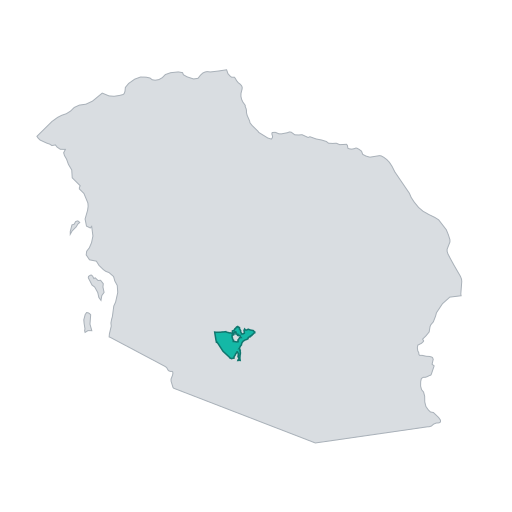 Babati, Manyara, United Republic of Tanzania (highlighted), rotated 172°
{"feature_id": "72390352B12207219772126", "entity_name": "Babati", "entity_type": "district", "adm_level": 2, "iso_a3": "TZA", "parent_name": "United Republic of Tanzania", "parent_adm1": "Manyara", "projection": "albers", "projection_center": [35.708, -4.024], "detail": "fine", "context": "in_parent", "style": "filled", "palette": "teal", "viewbox_px": 512, "rotation_deg": 172, "n_neighbors": 0, "source": "geoboundaries", "source_scale": "gbopen_adm2", "svg_char_len": 8445}
<svg xmlns="http://www.w3.org/2000/svg" viewBox="0 0 512 512"><g transform="rotate(172 256 256)"><path d="M186.0,366.6L180.1,363.5L174.8,361.7L170.4,359.6L168.5,357.6L164.4,356.8L160.8,356.5L157.6,354.6L150.8,354.0L150.1,352.7L150.0,349.9L148.8,349.2L146.4,348.5L143.7,348.6L142.1,349.0L141.2,348.8L139.0,347.2L136.9,345.1L136.2,341.8L133.1,339.6L129.5,338.0L119.7,338.2L118.1,337.7L115.8,336.0L113.0,333.2L110.8,330.1L108.8,325.8L106.8,319.9L95.4,296.8L94.2,292.4L91.9,287.5L88.3,281.5L84.4,277.1L79.2,273.1L73.3,269.1L70.1,266.4L63.9,255.5L62.6,250.4L61.7,245.1L62.0,242.9L65.8,236.1L66.1,234.1L65.7,231.5L63.8,226.1L61.3,219.5L56.4,207.4L55.7,204.4L55.8,202.1L58.5,189.8L58.4,188.1L69.8,188.3L78.0,182.8L85.2,174.7L86.6,171.4L89.5,166.2L92.4,163.6L93.5,161.8L95.1,156.7L98.9,153.2L102.6,150.5L101.8,148.6L102.3,147.9L104.3,146.5L108.2,145.2L109.0,142.6L109.0,139.5L108.3,137.8L108.4,135.9L107.8,134.8L105.3,134.5L101.4,133.0L98.2,132.4L96.1,131.5L95.3,130.8L94.9,129.0L96.7,124.3L94.9,122.4L98.8,114.6L99.5,113.7L100.9,113.5L103.2,112.7L105.3,112.3L107.0,112.6L108.3,112.2L109.4,111.4L110.4,108.7L111.1,104.3L110.7,100.7L109.0,97.9L108.5,93.7L109.2,88.0L108.7,83.3L106.8,79.6L105.0,77.3L102.1,76.3L97.6,70.6L96.2,67.8L96.4,66.0L98.0,65.3L100.8,65.5L103.5,64.8L106.0,63.2L108.4,62.8L109.7,63.0L223.3,62.6L355.9,136.5L356.5,137.4L357.5,143.8L357.3,145.9L355.2,149.6L354.6,151.5L354.6,152.8L355.1,153.4L356.8,153.6L358.3,154.4L358.9,155.1L360.0,157.9L361.4,159.3L411.6,195.7L412.7,196.3L412.0,199.3L409.1,206.7L409.0,209.8L407.8,213.4L406.7,215.8L403.8,226.2L401.4,230.0L398.0,239.1L397.5,246.1L399.3,251.0L399.9,255.5L403.8,260.0L406.9,261.7L409.0,263.7L412.7,268.4L414.8,273.1L421.4,275.4L424.0,280.7L423.0,284.3L419.9,287.3L417.0,292.1L414.7,298.5L414.6,308.2L416.2,306.8L419.7,309.2L420.1,316.4L416.4,324.7L415.3,328.6L415.1,331.9L417.7,341.9L421.6,347.0L421.3,348.6L420.3,350.0L427.1,359.0L426.5,366.8L429.0,372.9L430.1,378.2L431.7,382.2L432.1,385.0L429.9,388.1L434.9,388.9L437.8,391.5L439.2,393.9L442.8,393.8L444.7,395.5L447.5,396.9L453.7,400.9L455.3,403.0L456.3,405.0L439.2,417.7L433.1,420.9L428.7,422.4L424.0,423.3L419.5,425.3L415.3,428.4L409.9,430.0L403.3,430.0L396.4,432.1L385.6,438.7L379.3,435.0L374.3,433.9L368.6,434.0L365.1,434.4L363.9,435.2L362.8,437.4L361.9,441.1L358.1,444.6L351.5,448.0L345.5,449.3L340.0,448.4L336.2,447.0L334.3,445.0L331.4,444.1L327.6,444.2L324.0,445.6L320.5,448.3L315.0,449.4L307.3,449.1L303.2,447.8L302.7,445.6L299.3,443.0L293.2,440.0L288.7,440.0L285.8,442.8L283.2,444.6L280.8,445.3L278.7,445.4L275.6,444.6L267.2,444.4L259.2,444.5L258.4,440.4L256.7,437.9L255.3,436.4L252.5,436.0L251.8,434.8L250.8,432.3L249.5,430.1L247.7,428.3L246.6,426.6L246.2,425.1L246.5,423.4L248.2,419.2L248.7,416.3L248.5,413.3L247.6,410.3L245.7,406.7L245.9,405.6L245.3,403.2L245.2,401.4L245.5,399.3L245.2,396.5L243.5,390.4L243.5,388.9L241.8,385.9L236.5,379.0L236.2,378.1L227.9,371.2L224.5,369.6L223.3,370.9L222.9,372.2L223.3,374.4L223.1,375.5L222.7,376.0L220.7,375.9L219.5,375.7L216.3,373.8L213.9,373.4L207.8,373.7L205.6,374.2L203.9,373.7L200.7,370.6L196.9,369.9L193.5,369.7L187.9,366.1L186.0,366.6ZM422.4,250.0L425.1,257.7L424.7,259.1L422.8,260.0L421.8,260.1L420.6,258.8L419.7,256.2L418.3,256.8L415.8,253.7L413.3,253.6L411.1,249.8L411.9,246.6L411.5,241.1L414.2,238.3L415.7,233.6L417.4,236.8L417.8,241.9L420.1,247.8L422.4,250.0ZM435.9,204.1L436.1,206.0L435.5,207.7L435.6,213.2L435.4,216.8L433.3,221.8L431.6,223.6L430.1,223.1L428.9,222.2L427.9,220.8L429.9,211.6L429.0,204.9L432.8,205.5L435.9,204.1ZM429.8,315.2L427.9,315.6L427.1,315.2L425.9,313.7L428.0,312.4L430.0,309.9L434.7,306.3L436.9,303.4L436.5,306.2L433.9,312.4L431.6,312.8L429.8,315.2Z" fill="#d9dde1" stroke="#a8b0b8" stroke-width="1"/><path d="M284.9,162.4L284.9,163.4L285.0,163.7L285.0,164.0L284.9,164.2L285.0,164.4L284.9,164.5L285.0,164.6L284.9,164.9L285.0,165.0L284.9,165.2L285.0,165.4L284.9,165.5L285.0,166.2L285.2,166.5L285.4,166.7L285.6,166.7L285.2,167.1L285.0,167.6L284.3,168.3L284.2,168.6L284.0,168.8L283.9,169.1L283.7,169.2L283.4,169.5L283.1,169.7L282.8,169.9L282.7,170.3L282.4,171.3L282.3,171.5L282.1,171.7L281.8,172.2L281.6,172.5L281.4,172.7L281.2,172.8L280.9,173.0L280.7,173.2L280.5,173.5L280.4,173.6L279.9,173.7L279.4,174.0L279.2,174.0L278.7,174.3L278.1,174.5L277.9,174.5L277.6,174.5L277.2,174.6L276.9,174.7L276.5,174.7L275.9,175.1L275.6,175.1L275.4,175.2L275.4,175.3L275.6,175.4L275.2,175.9L275.1,176.0L275.0,176.4L274.3,176.6L273.9,176.7L273.6,177.0L273.3,176.9L273.1,176.8L272.6,177.7L272.0,177.5L271.9,177.6L271.7,177.8L271.6,177.7L271.4,177.8L271.2,177.9L271.1,178.0L270.9,178.2L270.9,178.3L270.7,178.4L270.5,178.6L270.4,178.7L270.4,178.8L270.2,178.8L269.9,179.0L269.7,179.1L269.5,179.3L269.4,179.3L269.2,179.5L268.8,179.9L268.3,180.1L268.1,180.1L267.9,180.1L267.8,180.3L267.7,180.3L267.5,180.6L267.4,180.5L267.5,180.6L267.6,180.8L267.9,180.9L268.0,180.9L268.2,181.1L268.4,181.5L268.6,181.8L268.7,182.0L268.8,182.1L269.0,182.3L269.0,182.5L269.5,182.6L270.0,182.9L271.4,183.3L272.1,183.6L272.8,184.0L273.4,184.3L273.5,184.4L273.9,184.6L275.5,184.0L276.1,184.1L276.3,184.0L277.0,184.5L277.4,185.3L277.9,184.6L278.3,183.9L278.2,183.4L278.2,182.7L278.2,181.7L278.3,181.1L278.5,181.1L279.3,180.8L279.5,180.7L279.7,180.8L279.8,180.8L280.0,180.7L280.9,180.7L281.0,181.1L281.3,181.9L281.4,182.1L281.7,182.6L281.7,183.1L281.7,183.4L281.6,183.8L281.6,184.0L281.6,184.4L281.8,184.7L282.0,185.2L282.1,185.3L282.3,185.6L282.4,186.0L282.5,186.0L282.5,186.5L282.3,186.8L282.4,187.1L282.3,187.3L282.5,187.6L282.9,187.7L283.1,187.8L283.4,188.1L283.8,188.1L283.9,188.4L283.8,188.7L284.0,188.8L284.2,188.7L284.4,188.6L285.1,188.4L285.1,188.2L285.4,188.0L285.5,187.9L285.7,187.7L285.9,187.6L286.0,187.6L286.2,187.3L286.5,187.2L286.9,187.0L287.1,186.8L287.3,186.6L287.4,186.4L287.3,186.2L287.6,185.9L287.9,185.7L288.0,185.6L288.3,185.4L288.5,185.4L288.9,185.3L289.2,185.2L289.8,185.1L289.9,184.5L289.8,184.3L289.7,184.1L289.8,183.6L289.9,183.4L289.9,183.1L289.9,182.8L289.9,182.3L290.0,182.4L290.6,182.7L290.7,182.9L290.8,183.0L291.3,183.2L291.6,183.4L292.0,183.4L292.3,183.4L293.0,183.6L293.4,183.7L293.7,183.9L294.4,184.2L295.1,184.4L295.8,184.7L296.5,185.2L296.5,185.3L297.3,185.3L297.6,185.3L298.3,185.3L299.6,185.4L300.2,185.5L301.6,185.4L302.0,185.5L302.9,185.6L303.9,185.7L304.1,185.8L304.3,185.8L305.5,185.9L307.5,186.4L307.4,180.2L307.4,179.8L307.3,177.5L307.2,177.0L307.2,176.6L307.3,176.3L307.2,176.1L306.7,176.3L305.7,174.4L303.9,170.5L301.9,166.2L296.5,159.6L296.3,159.1L295.8,158.4L295.6,158.5L295.4,158.5L295.2,158.3L294.4,157.7L294.1,157.8L293.7,157.9L293.3,157.9L292.2,158.0L291.9,157.4L291.9,158.1L291.9,158.3L291.9,158.5L291.9,158.8L291.9,159.0L291.6,159.5L291.3,159.9L291.0,160.1L290.9,160.3L290.7,160.4L289.7,161.9L289.7,162.2L289.6,162.3L288.9,162.6L288.6,163.0L288.4,163.2L288.2,163.3L288.1,163.7L288.1,163.8L287.9,163.8L287.7,163.7L287.3,162.3L287.3,162.2L287.0,161.9L286.9,161.7L287.0,161.4L287.2,161.2L287.3,161.0L287.3,160.7L287.3,160.3L287.2,160.1L287.3,159.7L287.5,159.6L287.8,159.4L287.8,159.2L287.8,158.7L287.6,158.5L287.6,158.3L287.5,158.1L287.4,157.9L287.3,157.7L287.2,157.4L287.1,157.1L287.1,156.9L287.2,156.6L287.3,156.5L287.4,156.3L287.8,156.1L288.2,155.6L288.4,155.3L288.5,155.1L288.3,155.1L288.0,155.0L287.9,155.0L287.5,155.2L287.3,155.2L287.3,155.3L287.2,155.4L287.0,155.2L286.9,155.3L286.8,155.2L286.7,155.2L286.6,154.9L286.2,154.8L286.2,156.8L286.1,157.5L285.6,159.8L285.6,160.1L285.5,160.5L285.2,160.9L285.2,161.4L285.0,161.7L285.0,161.8L284.9,162.4ZM286.3,173.6L287.1,173.6L287.5,173.7L288.7,174.2L289.4,174.3L290.0,174.4L290.4,174.5L289.9,175.7L290.3,176.1L290.6,176.3L290.6,176.8L290.7,177.3L290.7,177.5L290.7,177.8L290.8,178.0L290.7,178.1L290.8,178.3L290.8,178.5L290.9,178.8L291.0,179.1L291.0,179.3L290.9,179.4L290.9,179.5L290.8,179.8L290.7,180.1L290.8,180.3L290.7,180.7L290.7,180.9L290.4,180.9L290.1,181.0L289.9,180.9L289.2,181.0L289.1,181.3L288.8,181.3L288.6,181.7L288.6,181.9L288.5,182.3L288.6,182.5L288.1,183.1L287.9,183.5L287.6,183.8L287.5,183.7L287.4,183.8L286.7,183.8L286.5,183.7L286.4,183.6L286.3,183.1L286.4,182.9L286.7,182.7L286.6,182.4L286.7,182.1L286.7,181.5L285.2,181.1L284.9,181.0L285.2,180.4L284.9,180.3L285.2,180.0L285.2,179.9L284.3,179.5L283.8,179.5L282.9,179.6L282.7,178.2L282.5,177.8L282.6,177.6L282.4,177.5L282.5,177.4L282.4,177.3L283.7,177.3L285.0,175.7L285.6,175.3L285.5,175.0L285.5,174.7L285.6,174.4L285.8,174.2L285.6,173.8L285.6,173.6L286.3,173.6Z" fill="#14b8a6" stroke="#0f766e" stroke-width="1.5"/></g></svg>